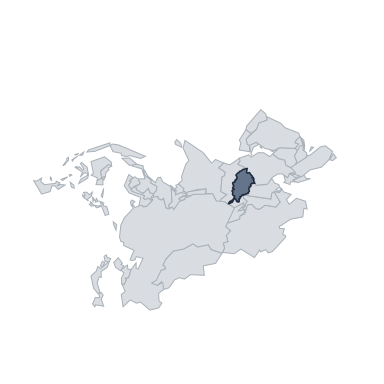 Afghanistan highlighted on a map of Asia, rotated 150°
{"feature_id": "AFG", "entity_name": "Afghanistan", "entity_type": "country or territory", "adm_level": 0, "iso_a3": "AFG", "parent_name": "Asia", "parent_adm1": "", "projection": "mercator", "projection_center": [67.565, 33.924], "detail": "fine", "context": "in_parent", "style": "filled", "palette": "slate", "viewbox_px": 384, "rotation_deg": 150, "n_neighbors": 45, "source": "natural_earth", "source_scale": "50m", "svg_char_len": 16807}
<svg xmlns="http://www.w3.org/2000/svg" viewBox="0 0 384 384"><g transform="rotate(150 192 192)"><path d="M195.6,124.3L191.9,127.1L190.4,132.2L185.7,131.1L184.0,137.2L178.0,139.3L180.2,145.1L178.7,147.8L164.3,144.7L162.6,147.3L157.1,146.6L151.1,153.1L146.5,151.6L145.0,145.7L142.2,143.3L135.3,144.0L127.0,137.1L120.8,139.1L120.9,151.1L116.4,147.9L112.7,149.6L112.7,146.4L107.4,140.4L114.0,138.2L114.0,132.7L104.6,134.3L98.3,127.3L100.9,119.7L103.3,121.9L108.5,115.0L120.3,119.1L133.7,118.4L134.3,116.7L130.4,114.0L134.6,110.0L132.8,107.3L133.9,105.9L152.1,100.2L156.4,101.1L157.1,105.4L162.7,105.8L162.5,108.0L170.7,104.0L178.2,118.2L186.2,117.4L195.6,124.3Z" fill="#d9dde1" stroke="#a8b0b8" stroke-width="1"/><path d="M120.9,151.1L120.8,139.1L127.0,137.1L135.3,144.0L142.2,143.3L145.0,145.7L146.5,151.6L150.2,153.1L156.6,148.1L155.3,150.4L161.6,152.5L158.5,154.8L155.8,154.5L155.9,152.2L152.7,152.9L150.8,156.7L148.9,156.5L150.5,160.9L149.2,163.9L127.3,146.5L123.6,151.1L120.9,151.1Z" fill="#d9dde1" stroke="#a8b0b8" stroke-width="1"/><path d="M323.3,265.4L323.4,281.0L321.3,279.1L315.3,279.3L317.8,276.7L316.0,272.1L305.8,267.7L304.2,269.1L301.9,266.0L305.9,264.5L302.4,264.5L298.4,261.5L306.6,261.1L307.7,265.8L310.1,267.3L314.8,263.3L323.3,265.4ZM285.2,280.5L283.9,283.5L281.6,283.8L282.8,281.5L285.2,280.5ZM307.1,275.7L306.9,273.9L307.8,272.2L308.4,274.1L307.1,275.7ZM268.3,249.4L266.9,251.6L270.9,257.1L268.1,257.4L264.2,268.8L250.1,266.2L247.0,258.3L248.7,254.5L250.8,257.4L258.6,256.4L260.5,255.8L263.5,249.0L268.3,249.4ZM292.1,267.3L298.3,266.6L299.1,268.4L292.1,267.3ZM289.7,268.3L288.0,267.8L287.6,266.8L290.0,266.7L289.7,268.3ZM292.2,254.1L294.0,256.6L292.6,261.4L290.9,256.8L292.2,254.1ZM275.4,256.1L285.8,255.9L282.1,258.7L273.8,258.7L273.4,260.5L275.6,262.6L281.3,260.7L276.9,263.8L280.9,272.0L278.7,271.8L279.8,269.9L276.9,270.2L275.6,265.5L274.1,266.2L274.4,272.4L272.8,272.8L270.4,265.9L272.9,258.9L275.4,256.1ZM275.2,283.1L270.9,282.1L273.1,281.6L275.2,283.1ZM273.1,280.3L278.1,279.5L280.2,278.6L279.9,279.9L273.1,280.3ZM268.3,278.6L271.2,280.1L265.6,280.8L268.3,278.6ZM240.1,273.3L255.8,275.8L263.1,279.2L260.4,280.2L238.5,275.6L240.1,273.3ZM233.9,260.9L240.3,266.5L239.6,273.2L236.9,273.3L231.9,269.3L214.5,246.2L219.7,246.7L227.3,254.3L231.7,255.9L234.9,259.0L233.9,260.9Z" fill="#d9dde1" stroke="#a8b0b8" stroke-width="1"/><path d="M285.4,281.7L287.5,279.4L290.8,279.3L285.4,281.7Z" fill="#d9dde1" stroke="#a8b0b8" stroke-width="1"/><path d="M73.0,175.2L71.0,179.2L70.8,185.7L69.3,181.0L71.3,175.7L73.0,175.2Z" fill="#d9dde1" stroke="#a8b0b8" stroke-width="1"/><path d="M74.9,172.5L71.3,175.7L74.5,171.4L74.9,172.5Z" fill="#d9dde1" stroke="#a8b0b8" stroke-width="1"/><path d="M72.3,177.7L70.8,180.6L71.5,177.3L72.3,177.7Z" fill="#d9dde1" stroke="#a8b0b8" stroke-width="1"/><path d="M72.3,177.7L80.0,174.9L81.0,178.3L75.8,180.2L78.2,182.9L73.6,186.5L70.8,185.7L72.3,177.7Z" fill="#d9dde1" stroke="#a8b0b8" stroke-width="1"/><path d="M110.5,199.7L116.3,200.1L121.6,195.9L118.6,204.3L111.5,203.0L110.5,199.7Z" fill="#d9dde1" stroke="#a8b0b8" stroke-width="1"/><path d="M108.6,198.4L108.5,196.5L109.8,194.8L110.5,197.2L108.6,198.4Z" fill="#d9dde1" stroke="#a8b0b8" stroke-width="1"/><path d="M100.3,184.2L103.0,188.3L98.6,186.8L100.3,184.2Z" fill="#d9dde1" stroke="#a8b0b8" stroke-width="1"/><path d="M81.0,178.3L80.0,174.9L85.3,171.9L86.0,166.2L89.5,163.2L94.3,163.8L97.4,168.2L95.8,173.2L100.4,177.5L103.3,184.5L94.1,186.6L81.0,178.3Z" fill="#d9dde1" stroke="#a8b0b8" stroke-width="1"/><path d="M119.1,203.7L121.9,198.0L130.1,204.8L125.3,210.0L125.0,213.3L114.1,219.1L111.5,213.2L118.6,210.7L120.2,205.6L119.1,203.7ZM122.2,194.3L121.2,195.0L121.9,194.1L122.2,194.3Z" fill="#d9dde1" stroke="#a8b0b8" stroke-width="1"/><path d="M231.9,230.0L232.8,225.0L240.1,225.9L241.2,224.2L243.8,226.7L243.6,229.7L239.6,231.5L240.6,233.0L234.0,233.8L231.9,230.0Z" fill="#d9dde1" stroke="#a8b0b8" stroke-width="1"/><path d="M238.1,224.9L232.8,225.0L231.9,230.0L226.0,227.0L223.9,237.2L230.8,244.4L228.5,245.7L221.3,239.3L224.7,230.7L221.4,222.8L223.1,220.2L219.5,214.6L221.6,211.4L226.0,209.6L228.8,212.0L228.2,216.9L233.3,214.9L237.0,217.1L239.0,221.7L238.1,224.9Z" fill="#d9dde1" stroke="#a8b0b8" stroke-width="1"/><path d="M243.3,225.1L238.1,224.9L239.0,221.7L235.1,215.1L228.2,216.9L228.8,212.0L226.0,209.6L230.0,207.7L229.7,204.7L233.4,208.7L236.3,208.7L237.2,210.9L235.0,212.5L243.1,220.9L243.3,225.1Z" fill="#d9dde1" stroke="#a8b0b8" stroke-width="1"/><path d="M226.0,209.6L221.6,211.4L219.5,214.6L223.1,220.2L221.4,222.8L224.7,230.7L222.3,235.5L222.2,227.7L219.0,218.4L214.7,221.4L211.9,220.6L212.2,215.2L207.4,206.9L214.1,193.6L218.9,192.2L219.4,189.1L222.6,191.1L220.0,200.7L222.5,200.2L224.6,203.1L223.9,205.3L228.5,205.9L226.0,209.6Z" fill="#d9dde1" stroke="#a8b0b8" stroke-width="1"/><path d="M236.0,234.2L240.6,233.0L239.6,231.5L243.6,229.7L243.7,222.6L235.0,212.5L237.2,210.9L236.3,208.7L233.4,208.7L230.9,204.4L238.4,202.1L244.9,206.7L239.2,213.0L246.9,222.5L247.6,231.3L238.0,238.7L236.0,234.2Z" fill="#d9dde1" stroke="#a8b0b8" stroke-width="1"/><path d="M298.7,147.6L296.4,152.5L291.3,156.0L292.9,160.2L284.5,161.0L286.1,157.1L283.5,155.4L285.4,153.4L289.7,149.5L292.9,150.6L292.5,148.9L297.1,145.7L298.7,147.6Z" fill="#d9dde1" stroke="#a8b0b8" stroke-width="1"/><path d="M288.0,162.1L293.2,159.5L295.8,165.0L295.0,170.0L288.8,172.0L287.9,165.2L289.7,164.7L288.0,162.1Z" fill="#d9dde1" stroke="#a8b0b8" stroke-width="1"/><path d="M196.6,124.0L207.2,118.4L219.2,122.4L223.0,113.7L234.5,121.1L242.1,120.4L245.9,124.1L251.1,124.6L259.9,120.5L265.4,121.8L263.2,129.7L268.7,128.4L272.8,132.0L257.8,139.7L254.0,138.7L252.7,140.9L253.9,143.2L250.5,146.1L237.5,150.2L227.7,146.8L217.0,146.6L214.6,141.6L204.2,138.1L204.2,132.6L196.6,124.0Z" fill="#d9dde1" stroke="#a8b0b8" stroke-width="1"/><path d="M219.4,189.1L218.9,192.2L214.1,193.6L208.3,205.4L207.0,201.4L206.0,203.0L204.7,201.7L207.6,197.8L201.7,197.1L198.5,193.9L197.7,195.7L199.4,197.1L197.4,199.1L198.8,199.8L199.3,206.3L194.7,206.8L193.6,210.3L183.3,219.3L178.9,220.9L177.8,234.5L172.3,240.2L162.7,220.7L160.6,207.2L155.4,208.4L150.0,201.2L156.8,199.5L153.2,192.6L155.8,189.8L158.6,190.0L166.8,178.0L163.2,172.2L170.7,171.2L173.0,168.8L175.5,172.2L175.1,180.1L180.8,183.8L178.3,187.6L186.0,191.5L197.3,194.0L198.9,189.6L199.2,192.2L201.3,193.2L206.8,192.9L206.0,190.4L216.5,185.8L216.8,188.7L219.4,189.1Z" fill="#d9dde1" stroke="#a8b0b8" stroke-width="1"/><path d="M207.0,201.4L207.6,209.0L205.3,203.6L203.1,203.5L202.6,206.0L199.6,205.4L197.4,199.1L199.4,197.1L197.7,195.7L198.5,193.9L201.7,197.1L207.6,197.8L204.7,201.7L206.0,203.0L207.0,201.4Z" fill="#d9dde1" stroke="#a8b0b8" stroke-width="1"/><path d="M206.0,190.4L206.8,192.9L199.2,192.2L202.0,189.0L206.0,190.4Z" fill="#d9dde1" stroke="#a8b0b8" stroke-width="1"/><path d="M197.5,190.1L197.3,194.0L195.3,194.1L178.3,187.6L181.8,183.2L192.0,189.2L197.5,190.1Z" fill="#d9dde1" stroke="#a8b0b8" stroke-width="1"/><path d="M173.0,168.8L170.7,171.2L163.2,172.2L166.8,178.0L158.6,190.0L155.8,189.8L153.2,192.6L156.8,199.5L150.0,201.2L145.7,196.6L134.1,197.6L135.0,194.5L138.4,193.1L132.6,184.8L136.6,186.2L145.6,184.7L147.0,180.7L152.7,179.1L158.7,165.8L166.6,163.9L169.1,167.6L173.0,168.8Z" fill="#d9dde1" stroke="#a8b0b8" stroke-width="1"/><path d="M149.2,163.9L150.5,160.9L148.9,156.5L155.9,152.2L156.7,154.5L153.0,156.7L163.1,157.0L166.2,163.1L158.7,165.1L156.2,159.9L152.4,163.9L149.2,163.9Z" fill="#d9dde1" stroke="#a8b0b8" stroke-width="1"/><path d="M156.6,148.1L162.6,147.3L164.3,144.7L178.7,147.8L163.1,157.0L153.0,156.7L153.3,154.9L161.6,152.5L155.3,150.4L156.6,148.1Z" fill="#d9dde1" stroke="#a8b0b8" stroke-width="1"/><path d="M112.7,149.6L116.4,147.9L119.7,151.3L123.6,151.1L127.3,146.5L146.1,161.4L146.0,163.3L144.2,162.4L135.8,169.4L133.4,168.3L133.2,165.9L124.2,161.3L116.1,163.7L116.0,158.4L113.1,155.1L113.7,152.5L118.0,152.2L115.6,148.5L113.4,151.7L112.7,149.6Z" fill="#d9dde1" stroke="#a8b0b8" stroke-width="1"/><path d="M103.3,184.5L100.4,177.5L95.8,173.2L97.4,168.2L93.0,161.4L92.7,157.0L97.5,159.1L102.1,156.5L104.8,162.6L108.7,164.7L115.8,164.4L122.5,161.0L133.2,165.9L131.8,176.0L134.8,182.3L132.6,184.8L138.4,193.1L135.0,194.5L134.1,197.6L124.3,195.8L123.3,192.6L115.0,193.0L110.3,190.1L107.0,183.9L103.3,184.5Z" fill="#d9dde1" stroke="#a8b0b8" stroke-width="1"/><path d="M72.7,176.8L74.9,172.5L73.2,169.0L75.2,164.9L88.5,163.7L86.0,166.2L85.3,171.9L75.4,177.9L72.7,176.8Z" fill="#d9dde1" stroke="#a8b0b8" stroke-width="1"/><path d="M98.4,159.0L91.6,154.4L91.4,151.8L96.2,152.7L98.4,159.0Z" fill="#d9dde1" stroke="#a8b0b8" stroke-width="1"/><path d="M94.3,163.8L75.2,164.9L73.8,167.8L73.8,165.4L70.3,164.9L58.4,166.9L53.5,165.4L50.0,156.9L57.3,151.4L67.5,148.8L79.0,152.2L89.2,150.2L94.3,156.1L92.7,157.0L94.3,163.8ZM49.9,149.5L54.4,148.9L56.7,151.1L50.5,154.7L49.9,149.5Z" fill="#d9dde1" stroke="#a8b0b8" stroke-width="1"/><path d="M182.4,241.3L182.0,243.8L179.0,245.0L177.4,239.7L178.5,235.8L182.4,241.3Z" fill="#d9dde1" stroke="#a8b0b8" stroke-width="1"/><path d="M248.3,215.2L246.3,212.3L251.4,210.5L250.3,214.0L248.3,215.2ZM163.1,157.0L180.2,145.1L178.0,139.3L184.0,137.2L185.7,131.1L190.4,132.2L191.9,127.1L196.6,124.0L204.2,132.6L204.2,138.1L214.6,141.6L217.0,146.6L227.7,146.8L237.5,150.2L247.7,147.2L253.9,143.2L252.7,140.9L254.0,138.7L257.8,139.7L267.2,133.3L272.5,133.3L268.7,128.4L262.6,128.2L265.4,121.8L271.6,120.9L275.1,114.0L273.7,110.9L278.7,108.2L287.5,110.8L291.6,122.3L295.7,123.5L299.5,129.4L309.1,127.0L304.5,138.6L299.6,139.2L298.7,147.6L297.1,145.7L292.5,148.9L292.9,150.6L289.7,149.5L283.5,155.4L275.8,158.6L278.5,153.9L277.2,152.3L267.5,159.1L272.6,163.9L275.3,161.7L278.9,163.0L279.3,164.5L271.3,170.5L277.9,179.7L276.3,182.5L278.3,184.8L277.3,189.2L270.1,199.0L263.5,203.5L251.4,207.1L250.6,209.8L249.3,209.9L249.2,207.1L242.5,206.0L241.7,203.5L238.4,202.1L229.7,204.7L230.0,207.7L223.9,205.3L224.6,203.1L222.5,200.2L220.0,200.7L222.6,191.1L220.8,188.9L216.8,188.7L216.5,185.8L207.9,190.1L202.0,189.0L199.1,191.7L198.9,189.6L192.0,189.2L175.1,180.1L175.5,172.2L169.1,167.6L163.1,157.0Z" fill="#d9dde1" stroke="#a8b0b8" stroke-width="1"/><path d="M276.9,197.0L276.1,203.5L275.1,205.6L273.6,201.5L276.9,197.0Z" fill="#d9dde1" stroke="#a8b0b8" stroke-width="1"/><path d="M98.2,149.4L101.5,151.6L103.4,149.5L107.7,154.4L105.7,154.7L104.1,160.4L102.1,156.5L98.4,159.0L96.3,155.5L94.8,151.3L98.4,151.9L98.2,149.4ZM97.5,159.1L95.9,158.7L94.3,156.1L96.6,156.8L97.5,159.1Z" fill="#d9dde1" stroke="#a8b0b8" stroke-width="1"/><path d="M82.8,144.3L95.9,147.3L98.7,151.5L86.6,150.4L86.4,146.8L82.8,144.3Z" fill="#d9dde1" stroke="#a8b0b8" stroke-width="1"/><path d="M276.3,230.0L274.1,226.9L277.0,227.9L276.3,230.0ZM280.5,237.7L280.3,233.2L281.3,234.7L283.0,232.3L280.5,237.7ZM286.2,235.9L288.9,242.1L288.1,244.3L287.2,241.8L286.1,243.1L286.2,245.9L283.4,244.6L281.9,240.6L277.9,242.1L281.6,238.5L286.4,237.8L286.2,235.9ZM272.6,234.0L266.6,239.3L272.2,232.0L272.6,234.0ZM278.9,215.1L277.4,224.8L282.7,226.1L283.0,229.2L280.3,226.7L274.8,225.9L275.7,224.3L273.1,222.1L275.0,214.4L278.9,215.1ZM278.1,234.3L277.8,230.7L280.8,231.5L278.1,234.3ZM286.4,230.1L287.1,232.8L285.3,232.2L284.8,235.0L283.5,229.1L286.4,230.1Z" fill="#d9dde1" stroke="#a8b0b8" stroke-width="1"/><path d="M225.9,243.8L232.8,246.1L235.8,256.2L229.0,252.7L225.9,243.8ZM268.3,249.4L263.5,249.0L260.5,255.8L250.8,257.4L249.1,256.1L248.7,254.5L252.3,254.8L252.8,252.8L256.7,251.9L259.5,248.5L262.3,249.0L265.5,242.7L271.4,246.4L268.3,249.4Z" fill="#d9dde1" stroke="#a8b0b8" stroke-width="1"/><path d="M262.5,246.3L262.3,249.0L260.6,249.7L259.5,248.5L262.5,246.3Z" fill="#d9dde1" stroke="#a8b0b8" stroke-width="1"/><path d="M325.4,157.7L321.5,169.8L314.3,171.4L310.9,174.6L309.2,171.4L299.5,173.4L301.9,175.5L300.3,180.3L297.6,180.4L298.2,177.9L295.7,175.1L303.4,169.0L310.6,168.7L313.1,163.4L314.7,164.9L319.6,160.7L321.7,151.5L324.2,150.9L325.4,157.7ZM331.9,142.5L333.6,141.1L334.1,144.8L328.5,148.9L324.8,146.7L323.5,150.2L320.8,150.3L320.5,147.1L324.2,144.4L325.6,137.2L331.9,142.5ZM302.8,174.6L306.4,172.1L308.5,173.7L304.3,176.8L302.8,174.6Z" fill="#d9dde1" stroke="#a8b0b8" stroke-width="1"/><path d="M111.5,213.2L114.1,219.1L111.9,221.7L91.2,228.9L89.1,222.6L91.0,216.7L99.6,218.3L104.6,214.1L111.5,213.2Z" fill="#d9dde1" stroke="#a8b0b8" stroke-width="1"/><path d="M70.9,186.1L77.0,184.3L78.2,182.9L75.8,180.2L81.0,178.3L94.1,186.6L100.7,187.1L107.1,193.3L111.5,203.0L119.1,203.7L120.2,205.6L118.6,210.7L104.6,214.1L99.6,218.3L91.0,216.7L89.5,219.8L80.9,207.4L79.3,201.2L70.1,189.6L70.9,186.1Z" fill="#d9dde1" stroke="#a8b0b8" stroke-width="1"/><path d="M70.0,168.3L66.2,171.5L64.5,169.9L70.0,168.3Z" fill="#d9dde1" stroke="#a8b0b8" stroke-width="1"/><path d="M146.0,163.3L146.8,163.2L147.3,163.3L147.6,163.6L147.9,163.7L148.2,163.6L148.4,163.5L148.5,163.6L148.8,163.7L149.0,163.7L149.0,163.8L149.2,164.1L149.5,164.4L149.7,164.5L150.1,164.3L150.2,164.2L150.3,164.1L150.5,163.9L150.9,163.8L151.1,163.7L151.3,163.5L151.5,163.5L151.6,163.4L151.8,163.4L152.1,163.5L152.4,163.9L152.6,164.0L152.8,163.9L152.9,163.7L153.0,163.5L152.9,163.1L152.9,162.9L153.1,162.7L153.4,162.6L153.9,162.5L154.2,162.5L154.3,162.6L154.6,162.7L154.8,162.6L154.9,162.4L154.9,162.0L154.8,161.7L155.1,161.4L155.3,161.1L155.6,160.8L155.8,160.3L156.1,160.1L156.4,160.0L156.8,160.1L157.3,160.4L157.5,160.8L157.4,161.3L157.4,161.6L157.5,161.6L157.9,161.5L158.0,161.5L158.1,161.8L158.0,162.0L157.9,162.5L157.8,163.0L157.8,163.5L157.7,164.0L157.8,164.3L158.0,164.8L158.1,165.1L158.3,165.2L158.4,165.3L158.6,165.3L158.9,165.0L159.4,164.6L159.9,164.4L160.6,164.3L160.9,163.8L161.2,163.5L162.0,163.1L162.4,163.0L162.6,162.9L162.9,163.0L163.0,163.0L163.2,163.4L163.0,163.5L163.7,163.5L164.0,163.4L164.3,163.2L164.5,163.1L164.9,163.2L165.1,163.2L165.4,163.2L165.6,163.3L165.8,163.5L166.0,163.6L165.8,163.7L165.7,163.6L165.4,163.5L165.2,163.6L164.7,163.9L165.0,164.2L165.1,164.3L164.9,164.4L164.3,164.6L163.9,164.9L163.6,164.8L163.3,164.7L163.2,164.7L162.4,164.7L161.7,164.7L161.4,164.8L160.9,164.8L160.6,164.8L160.3,164.9L160.1,165.0L159.9,165.1L159.7,165.1L159.3,165.4L158.9,165.7L158.7,165.9L158.5,166.0L158.4,166.0L158.2,166.0L157.8,166.4L157.4,166.8L157.1,167.2L157.2,167.3L157.5,167.5L157.7,167.8L157.9,168.1L157.9,168.5L158.1,168.6L158.1,168.9L158.1,169.0L158.0,169.3L158.1,169.5L158.1,169.8L157.9,170.1L157.8,170.3L157.6,170.5L157.4,170.6L157.2,170.9L157.0,171.1L156.9,171.4L156.7,171.5L156.8,171.9L156.9,172.1L156.9,172.3L156.9,172.5L156.9,172.8L156.8,173.0L156.3,173.2L155.9,173.3L155.3,173.3L155.1,173.2L154.9,173.2L154.3,173.0L154.1,173.1L154.0,173.4L154.5,173.9L154.6,174.2L154.8,174.7L155.0,174.9L154.9,175.1L154.5,175.4L154.1,175.6L153.6,175.7L153.3,175.8L153.1,175.9L153.0,176.4L152.9,176.6L152.9,176.9L152.8,177.1L152.6,177.3L152.5,177.6L152.6,178.1L152.6,179.0L152.4,179.2L152.1,179.5L151.9,179.7L151.6,179.8L151.4,179.8L151.3,179.6L151.2,179.5L151.0,179.3L150.8,179.4L150.6,179.5L150.3,179.4L150.1,179.3L149.9,179.3L149.9,179.5L149.6,179.7L148.9,180.1L148.7,180.1L148.6,180.3L148.9,180.5L148.6,180.8L148.3,180.9L147.9,181.0L147.5,180.9L147.2,180.7L146.8,180.8L146.5,181.0L146.3,181.5L146.2,181.5L145.7,181.8L145.6,182.1L145.5,182.7L145.5,183.0L145.5,183.5L145.5,183.8L145.4,184.0L145.5,184.4L145.5,184.6L145.4,184.7L145.2,184.8L144.7,185.0L144.0,185.2L143.5,185.3L142.9,185.5L142.6,185.6L142.2,185.6L141.7,185.5L141.3,185.5L141.0,185.6L140.7,185.7L140.5,185.8L140.3,185.9L140.3,186.0L140.0,185.9L139.0,185.7L136.4,186.0L136.2,185.9L135.3,185.6L134.1,185.3L133.4,185.0L132.5,184.7L133.1,184.0L133.7,183.3L134.2,182.7L134.8,182.0L134.8,181.8L134.8,181.4L134.7,180.8L134.5,180.5L133.7,180.4L133.2,180.3L132.6,180.2L132.4,179.7L132.4,179.1L132.4,178.8L132.5,178.3L132.5,178.1L132.2,177.1L132.1,176.6L131.9,176.0L131.9,175.8L131.9,175.6L132.2,175.0L132.3,174.9L132.6,174.7L132.7,174.4L132.4,174.4L132.1,174.4L131.9,174.3L131.7,174.1L131.7,173.9L131.8,173.6L131.7,172.8L131.9,172.5L132.1,172.2L132.6,172.2L132.4,171.9L132.3,171.7L132.5,171.4L132.8,171.2L133.0,170.8L133.1,170.6L133.2,170.2L133.3,170.0L133.2,169.8L133.2,169.6L133.1,169.4L133.4,169.3L133.4,169.2L133.5,168.8L133.6,168.7L133.5,168.4L133.8,168.5L134.2,168.9L134.4,169.0L134.6,169.0L134.9,169.0L135.1,168.9L135.5,169.1L135.8,169.4L135.9,169.5L136.0,169.7L136.4,169.5L136.6,169.5L136.9,169.5L137.0,169.4L137.3,169.2L137.6,169.0L137.8,168.9L137.9,168.6L137.9,168.4L138.1,168.2L137.9,167.8L138.0,167.8L138.1,167.7L138.4,167.7L138.9,167.6L139.3,167.4L139.7,167.3L139.9,167.2L140.1,167.3L140.1,167.2L140.3,167.0L140.5,166.9L140.9,166.6L141.3,166.3L141.4,166.0L141.5,165.7L141.6,165.1L141.8,164.4L141.9,164.2L142.0,163.9L142.3,163.8L142.6,163.6L143.1,163.6L143.7,163.6L143.9,163.2L143.9,162.9L144.0,162.8L144.2,162.7L144.6,162.8L145.1,163.1L145.6,163.2L145.9,163.3L146.0,163.3Z" fill="#64748b" stroke="#1e293b" stroke-width="1.5"/></g></svg>